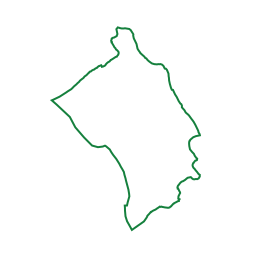 outline of Abu Tig, Asyut, Egypt, rotated 168°
{"feature_id": "37247803B24325700494067", "entity_name": "Abu Tig", "entity_type": "district", "adm_level": 2, "iso_a3": "EGY", "parent_name": "Egypt", "parent_adm1": "Asyut", "projection": "natural_earth1", "projection_center": [31.279, 27.037], "detail": "fine", "context": "isolated", "style": "outline", "palette": "green", "viewbox_px": 256, "rotation_deg": 168, "n_neighbors": 0, "source": "geoboundaries", "source_scale": "gbopen_adm2", "svg_char_len": 3588}
<svg xmlns="http://www.w3.org/2000/svg" viewBox="0 0 256 256"><g transform="rotate(168 128 128)"><path d="M195.3,171.2L196.8,170.9L192.9,165.7L182.6,150.9L181.3,146.3L179.4,139.6L172.9,127.8L166.8,118.3L161.4,115.5L156.5,115.1L154.2,115.5L153.3,114.7L150.3,110.8L149.4,107.9L148.1,104.7L145.9,100.2L144.0,95.0L143.8,94.3L143.1,91.7L142.1,88.8L141.2,85.9L141.2,85.2L141.2,83.0L140.9,79.1L140.9,77.2L140.7,73.3L140.4,67.6L140.6,63.4L140.9,60.8L143.7,55.5L145.1,52.4L147.3,52.8L147.6,50.5L148.1,47.9L148.4,45.4L148.8,42.1L148.3,37.0L146.6,31.6L145.4,27.5L131.8,33.3L131.0,34.1L130.6,34.4L129.6,35.4L129.2,35.7L127.7,37.3L127.3,38.1L125.5,39.3L124.4,40.1L123.2,41.1L122.9,40.9L121.4,41.7L119.9,42.1L118.0,42.5L116.2,43.3L115.1,43.7L113.2,44.5L112.8,44.1L111.4,44.1L111.0,43.7L109.9,43.3L108.8,42.8L107.7,42.4L106.5,42.0L105.4,41.6L105.1,41.6L103.9,41.6L103.2,42.0L102.5,42.4L102.1,42.4L101.7,42.8L100.6,43.6L99.5,44.4L99.1,44.4L98.7,44.8L95.7,45.6L94.7,46.0L93.5,46.0L93.5,46.4L92.4,47.6L93.5,48.4L92.8,50.8L92.4,51.2L90.9,53.2L90.5,53.6L90.5,54.4L90.9,55.6L91.6,58.5L92.0,58.5L92.0,59.7L91.3,60.9L90.9,61.3L89.8,62.1L89.0,62.9L87.9,63.7L87.2,64.1L86.0,64.5L85.3,64.5L84.2,64.9L83.1,65.3L82.3,65.7L81.6,66.1L80.8,66.5L80.1,66.9L79.4,66.9L76.8,66.9L75.7,65.2L74.9,64.4L73.8,64.0L72.3,64.0L70.8,63.6L69.4,64.0L69.0,64.4L67.9,65.6L67.9,66.0L67.5,67.2L68.2,68.0L68.6,68.4L68.8,68.9L69.7,70.9L70.4,72.1L70.8,72.9L71.5,74.5L71.9,74.9L72.3,75.7L72.6,76.9L72.6,78.1L72.3,78.9L71.5,80.1L71.2,80.1L70.4,80.9L70.0,81.3L68.9,82.1L68.5,82.1L67.8,82.1L67.4,82.5L67.1,82.5L66.7,83.7L67.4,84.5L67.8,85.4L68.5,87.0L68.9,89.0L70.4,91.4L71.8,94.2L71.8,97.5L71.5,99.9L71.1,101.5L70.6,102.5L70.0,102.7L69.6,103.5L65.9,105.5L65.5,105.5L63.3,105.9L59.2,105.9L59.2,106.7L59.2,107.1L59.9,109.1L59.9,110.3L59.9,110.7L61.4,116.8L62.5,120.4L63.3,122.2L64.0,123.6L65.8,127.7L66.9,129.3L67.6,130.1L68.4,131.3L69.1,133.7L69.8,134.9L71.0,137.0L70.6,138.6L70.9,140.2L71.7,141.0L72.8,143.8L73.9,148.2L75.0,151.1L76.1,155.9L77.2,156.3L77.6,158.3L77.7,159.7L77.9,162.4L77.9,166.0L77.5,168.8L77.5,170.0L77.1,172.8L77.5,175.0L77.9,176.9L78.6,178.1L79.7,178.5L80.4,181.3L81.5,182.9L83.0,183.8L83.8,183.8L85.2,184.2L86.4,184.2L89.0,185.0L91.2,186.2L92.3,187.4L93.8,189.1L94.9,190.7L95.6,192.3L96.3,192.7L96.7,193.1L97.1,194.3L98.6,196.3L100.4,198.8L100.4,199.2L101.5,201.6L102.2,203.6L102.2,205.6L102.2,208.4L102.9,211.3L103.7,214.5L103.7,217.3L103.3,218.5L103.7,219.7L105.1,223.4L105.9,224.2L106.2,224.6L110.3,226.2L111.4,226.2L113.3,226.6L115.1,227.4L115.9,227.9L117.1,228.5L117.3,228.3L118.8,227.1L118.8,226.3L118.8,224.6L118.8,223.0L118.8,222.2L119.2,221.4L119.6,221.0L120.0,220.2L121.5,219.8L122.6,219.4L124.0,219.4L124.8,219.0L125.2,219.0L125.5,218.6L125.5,218.2L126.3,217.0L126.3,216.2L126.3,215.4L125.9,215.4L125.9,214.2L124.8,211.0L124.5,209.8L123.7,208.6L123.4,207.3L122.6,206.5L121.9,205.3L121.5,204.5L121.5,203.7L121.5,203.3L122.3,201.7L123.4,200.9L124.1,200.1L125.2,200.1L128.2,198.9L130.4,198.1L130.8,198.1L131.2,197.7L132.3,196.9L133.8,196.5L135.3,195.7L136.1,195.1L136.4,194.9L137.1,194.1L137.9,193.7L139.7,193.3L140.8,193.3L140.8,194.1L141.2,195.0L141.6,194.9L143.0,194.6L143.8,194.6L144.5,194.2L145.3,193.8L145.6,193.4L147.5,193.0L149.0,192.2L149.7,192.2L151.2,191.8L152.7,191.0L153.8,191.0L154.6,190.2L154.9,190.2L157.2,188.6L157.9,188.2L159.8,187.4L161.2,186.2L163.8,185.0L165.3,184.2L166.1,183.4L168.3,182.2L169.4,181.4L170.2,181.0L172.4,179.8L173.5,179.0L175.4,177.8L177.6,177.0L179.8,176.2L180.6,175.8L186.7,173.5L188.3,172.9L189.1,172.7L195.3,171.2Z" fill="none" stroke="#15803d" stroke-width="2"/></g></svg>